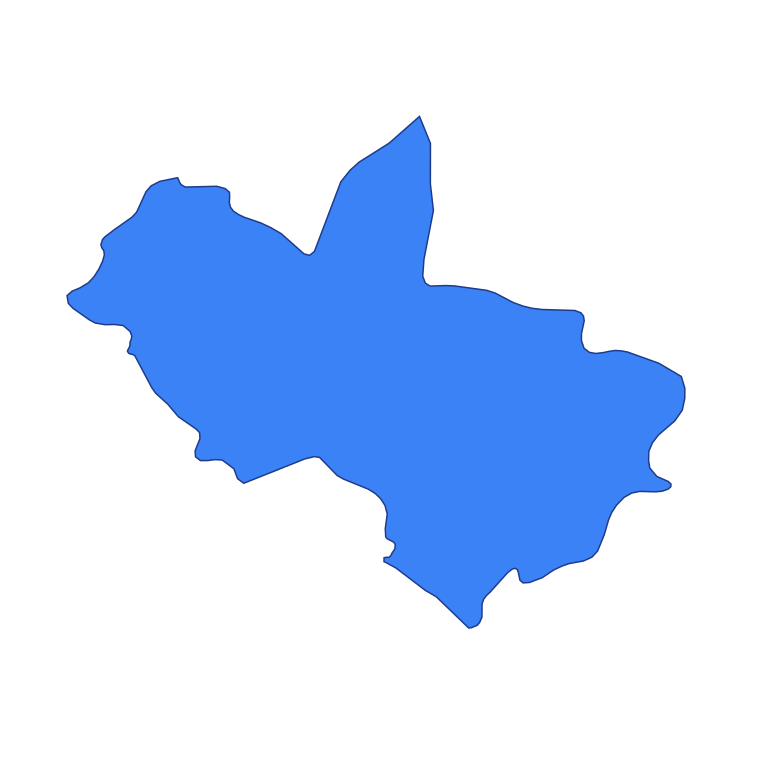 SVG path tracing the border of Hà Giang, rotated 259°
{"feature_id": "VNM-512", "entity_name": "Hà Giang", "entity_type": "Province", "adm_level": 1, "iso_a3": "VNM", "parent_name": "Vietnam", "parent_adm1": "", "projection": "robinson", "projection_center": [104.964, 22.767], "detail": "fine", "context": "isolated", "style": "filled", "palette": "blue", "viewbox_px": 768, "rotation_deg": 259, "n_neighbors": 0, "source": "natural_earth", "source_scale": "10m", "svg_char_len": 2398}
<svg xmlns="http://www.w3.org/2000/svg" viewBox="0 0 768 768"><g transform="rotate(259 384 384)"><path d="M523.4,89.5L531.2,89.7L534.6,95.4L536.4,104.0L539.8,113.2L544.8,120.0L551.4,126.2L558.2,131.2L564.0,134.1L568.1,134.4L571.3,133.1L574.6,132.6L579.5,135.2L581.6,137.9L587.1,149.0L595.8,168.3L599.8,173.9L618.2,187.1L619.9,189.3L622.9,193.1L625.7,202.5L625.9,220.8L620.1,222.1L618.3,223.1L616.7,224.7L615.2,226.8L610.0,257.5L606.1,265.4L601.7,268.9L596.7,268.1L591.8,266.8L586.9,267.0L582.5,269.1L578.4,273.2L574.4,278.5L565.6,293.8L559.0,302.8L551.3,311.7L527.0,330.3L524.5,335.5L527.4,341.0L590.7,380.2L600.3,391.5L606.6,402.0L619.5,435.1L639.9,469.9L611.3,475.5L571.6,467.7L544.8,465.6L498.7,447.0L482.4,442.6L475.2,443.8L471.3,448.0L468.8,463.7L466.8,472.0L456.4,502.6L451.9,510.7L439.6,526.0L434.1,535.0L430.0,544.0L427.0,553.3L419.7,585.5L416.3,590.9L412.6,592.8L407.9,592.6L395.6,587.4L388.8,586.1L380.9,587.2L375.9,591.6L373.6,597.6L373.0,604.6L373.1,611.3L372.8,617.5L371.2,623.4L368.9,629.2L351.8,657.9L334.6,677.3L322.4,678.5L312.5,676.5L301.4,671.8L292.3,662.4L281.6,643.7L275.0,636.2L267.2,631.0L258.1,629.1L250.7,628.9L241.2,634.2L234.1,644.4L231.1,646.6L228.5,646.0L226.6,642.9L225.7,636.4L226.4,629.7L229.8,614.4L229.7,606.3L226.9,598.0L220.6,589.0L214.5,583.1L208.1,578.7L193.9,571.4L179.3,561.8L174.4,555.2L172.2,546.0L172.4,531.6L171.4,524.4L169.1,515.2L163.7,502.4L161.4,488.9L162.2,482.6L165.5,480.0L173.5,479.9L176.4,479.4L178.1,477.6L177.8,474.5L175.2,469.3L159.7,448.8L157.0,444.5L153.9,440.9L149.4,438.3L136.4,435.6L131.7,432.4L129.4,429.6L128.1,423.4L128.3,420.6L165.2,394.7L173.6,385.1L201.0,360.7L208.6,351.6L209.6,350.1L213.4,350.9L213.5,353.1L212.9,355.8L214.3,358.0L216.8,359.8L218.5,361.8L220.5,363.4L224.4,364.4L226.9,363.4L231.2,357.9L233.5,356.5L241.6,357.6L255.9,362.4L264.6,361.8L272.1,358.8L278.2,354.5L283.7,348.6L298.4,326.1L303.2,320.5L324.2,306.8L326.0,301.9L325.6,292.0L313.3,227.4L319.0,222.2L329.4,220.5L340.2,210.7L342.0,203.9L342.5,196.0L343.9,189.1L348.5,185.1L354.4,185.8L365.5,192.9L371.4,193.7L375.7,190.9L391.1,175.9L405.6,167.8L418.7,158.0L424.8,155.3L459.3,144.8L460.8,143.3L461.6,141.3L462.7,139.4L464.9,138.4L466.1,138.9L469.2,141.4L470.6,142.0L473.8,142.8L476.3,144.5L479.3,145.6L484.1,144.7L491.2,139.1L493.8,131.0L495.4,121.7L498.9,112.3L503.0,107.2L517.6,93.2L523.4,89.5Z" fill="#3b82f6" stroke="#1e3a8a" stroke-width="1.5"/></g></svg>